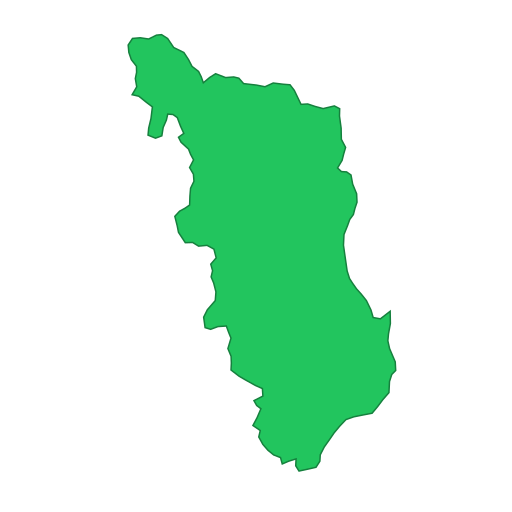 outline of Campina do Monte Alegre, São Paulo, Brazil, rotated 7°
{"feature_id": "56859067B72444966760519", "entity_name": "Campina do Monte Alegre", "entity_type": "district", "adm_level": 2, "iso_a3": "BRA", "parent_name": "Brazil", "parent_adm1": "São Paulo", "projection": "robinson", "projection_center": [-48.452, -23.612], "detail": "fine", "context": "isolated", "style": "filled", "palette": "green", "viewbox_px": 512, "rotation_deg": 7, "n_neighbors": 0, "source": "geoboundaries", "source_scale": "gbopen_adm2", "svg_char_len": 2163}
<svg xmlns="http://www.w3.org/2000/svg" viewBox="0 0 512 512"><g transform="rotate(7 256 256)"><path d="M113.4,111.0L120.2,111.7L128.4,116.8L135.0,120.6L135.0,132.4L133.9,142.1L134.1,149.2L141.9,151.3L147.9,148.2L148.2,139.7L150.5,132.0L151.1,125.9L156.4,125.7L161.0,128.2L165.3,136.4L169.4,143.1L164.6,147.6L167.8,152.3L176.0,158.1L178.7,163.1L182.3,168.2L179.3,176.3L183.9,182.4L185.3,189.4L182.8,196.7L183.1,204.3L183.9,213.5L179.6,217.3L174.7,220.8L170.6,226.5L174.1,235.6L176.2,242.0L184.2,251.4L191.5,250.3L197.8,253.2L206.1,251.4L213.4,254.3L216.7,262.7L212.1,269.6L214.7,275.9L214.0,282.2L217.3,288.0L220.6,296.5L221.0,305.2L214.3,315.2L211.5,323.1L214.2,333.3L219.9,334.3L226.8,330.7L235.1,329.1L238.2,335.2L241.2,340.6L239.4,351.3L243.5,358.6L244.6,365.3L245.1,372.2L253.9,377.4L260.2,380.1L271.3,384.6L278.5,386.8L279.9,394.2L271.6,399.8L274.9,404.3L279.5,407.0L276.8,416.3L273.6,424.6L281.5,428.7L280.8,435.3L285.8,442.2L291.6,447.4L297.8,451.3L304.9,453.1L307.4,459.2L313.4,455.7L320.5,452.5L321.0,459.4L324.9,464.2L334.1,461.0L341.3,458.4L344.4,451.9L344.0,445.5L347.0,437.3L352.1,427.8L355.1,422.0L359.8,414.7L365.2,407.4L372.7,403.7L381.7,400.7L390.4,397.9L395.1,390.6L399.4,383.1L404.6,375.4L403.8,364.3L405.2,357.0L408.6,352.6L407.1,344.1L399.9,331.7L397.2,324.1L397.0,317.1L397.6,306.6L395.9,294.5L387.1,303.2L379.8,302.8L376.7,295.6L371.0,286.8L365.0,280.9L359.9,276.5L355.1,271.2L351.6,267.0L348.3,259.8L343.9,243.6L341.5,234.6L340.7,223.9L343.2,214.5L344.6,208.3L347.6,203.0L348.4,196.7L349.7,190.3L348.3,182.0L343.2,172.9L340.4,164.0L335.7,161.5L330.5,161.8L326.2,158.7L329.8,150.6L330.6,144.0L331.7,137.3L326.5,129.8L324.9,118.7L321.8,106.9L321.1,99.6L315.5,97.5L304.7,101.5L296.7,100.4L288.8,98.8L282.2,100.0L273.8,86.9L268.9,81.9L262.1,82.2L252.0,82.2L244.3,86.9L235.6,86.3L222.7,86.4L217.3,81.6L212.1,81.0L204.1,82.6L193.7,80.0L188.2,84.5L182.6,90.5L179.8,84.8L176.5,79.8L169.4,75.6L165.1,69.3L159.6,62.8L148.9,59.1L141.8,50.9L135.3,47.8L130.3,48.9L123.0,53.7L114.5,53.5L106.9,55.1L103.4,62.2L105.0,69.5L108.3,76.3L114.2,82.2L115.1,88.3L114.6,94.6L117.0,102.6L113.4,111.0Z" fill="#22c55e" stroke="#15803d" stroke-width="1.5"/></g></svg>